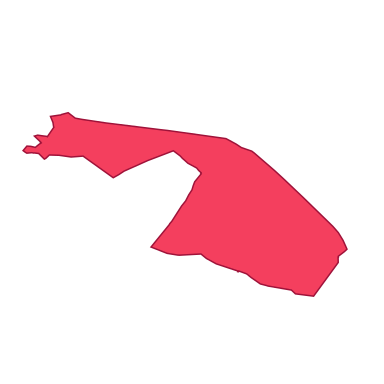 outline of Babadayhan, Ahal, Turkmenistan, rotated 127°
{"feature_id": "10190150B42989304972975", "entity_name": "Babadayhan", "entity_type": "district", "adm_level": 2, "iso_a3": "TKM", "parent_name": "Turkmenistan", "parent_adm1": "Ahal", "projection": "albers", "projection_center": [60.205, 38.26], "detail": "fine", "context": "isolated", "style": "filled", "palette": "rose", "viewbox_px": 384, "rotation_deg": 127, "n_neighbors": 0, "source": "geoboundaries", "source_scale": "gbopen_adm2", "svg_char_len": 1399}
<svg xmlns="http://www.w3.org/2000/svg" viewBox="0 0 384 384"><g transform="rotate(127 192 192)"><path d="M227.7,106.9L226.9,107.0L224.5,99.1L224.7,93.3L224.7,93.0L224.3,82.1L221.9,76.3L221.4,74.8L220.8,73.6L210.5,53.6L211.1,48.1L202.0,32.2L160.3,32.8L156.4,35.9L156.0,35.8L155.4,36.5L147.9,34.4L144.4,33.8L139.7,42.3L136.4,50.7L134.7,58.8L129.5,99.7L126.3,127.7L125.2,139.0L123.4,165.9L123.4,168.9L125.8,176.2L125.8,176.3L126.8,179.3L127.2,185.7L128.9,197.0L157.6,248.6L161.1,254.5L188.9,302.7L200.4,323.9L203.3,329.7L203.2,338.6L208.8,343.0L209.6,343.2L210.5,344.3L216.8,350.5L220.2,344.8L223.0,342.0L223.4,341.3L234.9,340.8L235.0,341.5L236.9,344.8L239.5,349.5L242.2,351.5L243.2,342.8L243.6,342.8L243.6,342.0L246.2,342.9L250.7,344.0L251.8,346.6L252.6,348.3L254.7,351.5L260.6,351.8L260.6,349.1L260.4,347.3L257.0,343.6L256.2,341.9L255.8,341.6L253.5,337.6L254.5,330.5L254.6,329.7L253.1,329.0L248.3,328.2L242.7,320.3L236.8,309.6L228.9,300.6L228.0,263.5L222.1,260.9L216.2,258.8L193.4,246.2L170.3,231.7L170.3,223.0L170.9,219.9L171.1,216.8L171.5,212.6L170.0,202.7L170.8,199.6L171.1,196.4L171.7,196.4L171.9,195.6L182.2,196.0L186.0,194.9L190.3,193.3L196.0,192.9L202.9,191.7L209.4,191.9L227.5,190.5L230.7,190.7L231.8,190.5L260.6,191.6L256.0,175.0L251.0,165.5L250.0,164.0L236.1,147.5L236.4,140.5L234.8,129.4L227.4,107.5L228.0,107.4L227.7,106.9Z" fill="#f43f5e" stroke="#9f1239" stroke-width="1.5"/></g></svg>